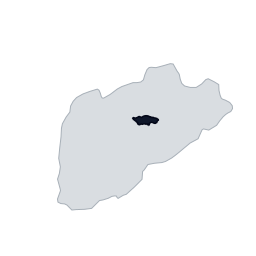 Chhume, Bumthang, Bhutan shown in context, rotated 326°
{"feature_id": "84629894B49965990869274", "entity_name": "Chhume", "entity_type": "district", "adm_level": 2, "iso_a3": "BTN", "parent_name": "Bhutan", "parent_adm1": "Bumthang", "projection": "mercator", "projection_center": [90.767, 27.465], "detail": "fine", "context": "in_parent", "style": "filled", "palette": "ink", "viewbox_px": 256, "rotation_deg": 326, "n_neighbors": 0, "source": "geoboundaries", "source_scale": "gbopen_adm2", "svg_char_len": 4706}
<svg xmlns="http://www.w3.org/2000/svg" viewBox="0 0 256 256"><g transform="rotate(326 128 128)"><path d="M200.6,111.2L200.3,112.7L198.6,116.7L197.5,121.1L198.4,124.8L202.2,129.1L207.2,132.5L213.7,132.7L219.6,131.4L222.0,132.0L225.2,137.7L227.5,142.7L224.4,147.8L222.7,152.2L222.0,155.4L222.4,156.8L224.3,159.4L226.6,163.7L226.9,167.8L225.5,170.4L222.4,171.8L219.2,171.4L216.5,171.4L213.1,171.9L207.9,173.4L203.0,175.3L193.8,174.9L190.1,171.0L188.4,170.9L180.1,176.1L171.0,175.2L154.4,176.9L147.5,177.3L140.4,176.7L136.8,175.6L130.2,172.0L124.1,169.4L118.0,171.8L115.8,172.2L110.9,178.4L100.2,180.5L89.5,182.0L86.4,181.1L80.4,180.8L80.1,179.3L80.3,177.9L78.9,176.8L76.5,175.7L72.3,175.2L66.9,173.6L63.8,172.2L52.9,174.3L46.5,171.1L39.3,166.6L35.6,164.6L34.3,157.7L33.0,155.5L30.1,153.1L28.5,150.3L29.8,147.5L37.0,142.2L37.6,140.9L41.0,131.0L45.6,127.4L50.2,122.4L53.6,114.4L60.3,106.3L67.6,97.8L72.7,91.0L76.0,87.8L82.9,84.3L88.7,82.3L92.7,77.7L97.5,75.2L102.4,74.0L109.8,74.6L116.7,76.3L124.3,78.6L125.1,80.4L124.5,83.7L123.4,87.0L123.4,88.7L124.5,89.6L131.9,90.2L141.0,89.7L146.1,90.2L157.5,93.2L160.8,95.4L164.3,97.0L167.7,96.7L171.9,93.2L176.5,90.2L179.3,89.7L181.3,90.7L184.9,93.6L192.4,96.2L199.0,98.3L201.2,100.2L200.5,108.4L200.6,111.2Z" fill="#d9dde1" stroke="#a8b0b8" stroke-width="1"/><path d="M137.4,122.6L137.4,123.0L137.4,123.3L137.4,123.6L137.5,123.8L137.5,124.0L137.4,124.1L137.5,124.2L137.5,124.3L137.6,124.6L137.8,124.9L137.8,125.0L137.9,125.3L138.0,125.4L137.9,125.5L138.0,125.8L138.0,126.0L138.1,126.3L138.3,126.5L138.4,126.8L138.5,126.8L138.5,127.1L138.4,127.2L138.4,127.3L138.4,127.6L138.5,127.7L138.6,127.8L138.6,128.1L138.7,128.3L138.8,128.4L138.9,128.5L138.8,128.9L138.8,129.1L139.0,129.5L138.9,129.6L138.7,129.7L138.5,129.9L138.4,129.9L138.4,130.0L138.5,130.1L138.6,130.3L138.6,130.5L138.6,130.8L138.8,131.1L138.9,131.3L139.0,131.4L139.1,131.5L139.5,131.8L139.9,131.9L140.1,131.9L140.3,131.8L140.7,131.8L140.8,131.8L141.2,131.9L141.4,132.0L141.5,132.1L141.4,132.3L141.5,132.5L141.7,132.8L141.9,132.9L142.1,133.0L142.3,133.0L142.5,133.1L143.3,133.2L143.5,133.5L143.8,133.7L144.3,133.7L144.4,133.8L144.4,134.0L144.5,134.1L144.7,134.4L144.8,134.4L144.8,134.6L145.1,134.6L145.4,134.8L145.6,135.0L145.7,135.3L145.8,135.3L145.8,135.5L145.9,135.8L146.1,135.8L146.3,135.8L146.3,136.0L146.5,136.2L146.5,136.3L146.6,136.2L146.8,136.3L147.0,136.3L147.0,136.5L147.1,136.9L147.2,137.0L147.3,137.2L147.5,137.1L147.8,136.9L147.9,136.7L148.0,136.5L148.1,136.4L148.3,136.3L148.7,136.2L148.8,136.1L149.0,136.2L149.4,136.1L149.6,136.1L149.8,136.1L150.1,136.2L150.3,136.2L150.5,136.2L150.6,136.3L150.8,136.4L150.9,136.5L151.0,136.7L151.2,137.0L151.3,137.1L151.5,137.2L151.7,137.3L151.8,137.4L151.9,137.5L152.0,137.6L151.9,137.7L151.9,137.8L151.9,138.0L152.0,138.1L152.1,138.3L152.3,138.5L152.5,138.8L152.9,139.0L153.0,139.3L153.3,139.4L153.5,139.2L153.8,139.2L154.1,139.1L154.3,139.1L154.4,139.3L154.5,139.4L154.6,139.6L154.8,139.6L155.0,139.5L155.1,139.4L155.3,139.2L155.5,139.0L155.7,138.9L155.8,138.8L155.9,138.7L156.1,138.7L156.3,138.6L156.6,138.5L156.8,138.5L157.1,138.5L157.3,138.5L157.5,138.5L157.6,138.4L157.7,138.2L157.8,138.0L157.8,137.9L157.8,137.7L157.7,137.6L157.6,137.4L157.5,137.2L157.4,137.0L157.4,136.9L157.3,136.6L157.2,136.4L157.2,136.2L156.9,136.1L156.8,135.8L156.7,135.7L156.6,135.4L156.4,135.4L156.2,135.3L156.2,135.1L156.0,134.9L155.9,134.9L155.7,134.9L155.6,134.7L155.5,134.4L155.4,134.3L155.2,134.1L155.2,133.9L155.1,133.7L154.9,133.5L154.8,133.3L154.7,133.2L154.4,133.0L154.2,133.0L154.1,132.9L153.9,132.8L153.9,132.7L153.7,132.6L153.7,132.4L153.5,132.2L153.4,132.2L153.2,132.1L153.0,131.9L152.8,131.8L152.8,131.7L152.9,131.4L152.8,131.2L152.7,131.1L152.3,131.0L152.2,130.8L152.2,130.7L152.1,130.4L152.0,130.2L151.9,130.1L151.7,129.9L151.7,129.7L151.4,129.6L151.2,129.4L151.2,129.1L151.0,128.9L150.9,128.9L150.8,128.7L150.7,128.7L150.4,128.5L150.3,128.3L150.1,128.1L149.9,127.9L149.6,127.9L149.4,127.7L149.2,127.6L149.0,127.4L148.8,127.4L148.6,127.3L148.2,127.2L147.9,127.1L147.7,127.0L147.5,126.9L147.4,126.9L147.2,126.9L146.8,126.8L146.3,126.9L146.2,126.9L145.7,126.8L145.4,126.8L145.2,126.8L145.2,126.7L144.9,126.3L144.7,126.2L144.5,125.9L144.4,125.8L144.3,125.5L144.2,125.4L144.0,125.1L143.9,124.9L143.6,124.7L143.4,124.6L143.2,124.6L142.9,124.5L142.7,124.5L142.4,124.5L142.2,124.5L141.9,124.6L141.7,124.6L141.3,124.5L141.3,124.4L141.0,124.3L140.9,124.4L140.5,124.4L140.4,124.4L140.2,124.4L140.0,124.2L139.9,124.1L139.7,124.0L139.7,123.9L139.6,123.7L139.3,123.5L139.2,123.4L139.0,123.2L138.9,123.2L138.7,122.9L138.6,122.7L138.3,122.4L138.1,122.4L137.9,122.4L137.8,122.5L137.7,122.6L137.4,122.6L137.4,122.6Z" fill="#0f172a" stroke="#020617" stroke-width="1.5"/></g></svg>